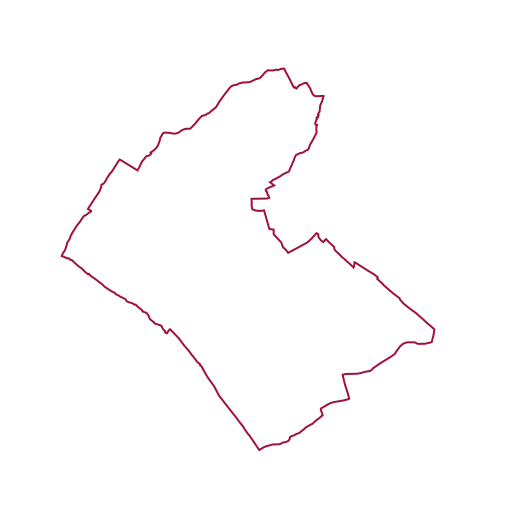 the district of Delesti, Vaslui, Romania, rotated 102°
{"feature_id": "2599482B7658648918127", "entity_name": "Delesti", "entity_type": "district", "adm_level": 2, "iso_a3": "ROU", "parent_name": "Romania", "parent_adm1": "Vaslui", "projection": "albers", "projection_center": [27.539, 46.694], "detail": "fine", "context": "isolated", "style": "outline", "palette": "rose", "viewbox_px": 512, "rotation_deg": 102, "n_neighbors": 0, "source": "geoboundaries", "source_scale": "gbopen_adm2", "svg_char_len": 6056}
<svg xmlns="http://www.w3.org/2000/svg" viewBox="0 0 512 512"><g transform="rotate(102 256 256)"><path d="M296.4,446.1L296.5,445.8L296.5,445.0L296.7,444.3L296.8,443.8L296.7,443.4L297.3,441.9L297.6,440.2L297.4,439.8L297.1,439.2L297.1,438.9L298.2,436.9L298.4,436.3L298.2,435.9L298.2,435.5L302.6,428.1L304.1,424.6L304.7,423.3L305.4,422.2L306.7,420.5L308.8,416.5L308.2,415.7L309.0,414.9L309.6,413.7L310.4,412.4L310.8,411.3L310.8,410.8L314.2,403.8L315.5,400.8L316.4,399.4L317.0,398.6L317.8,397.2L318.1,396.2L319.3,393.4L320.7,389.5L320.9,388.8L321.0,387.8L321.3,386.9L321.7,386.0L322.2,385.6L322.5,385.2L323.2,382.1L323.4,381.7L323.9,380.6L324.4,378.6L325.3,374.8L325.5,374.5L326.7,373.5L327.2,373.0L327.6,371.2L327.8,370.2L327.7,369.0L327.8,367.9L328.2,366.3L328.9,364.9L328.7,364.3L328.6,363.7L328.6,363.4L329.6,362.3L330.2,360.9L330.8,360.3L331.1,359.2L331.5,358.7L331.9,357.6L333.0,355.8L333.4,355.5L333.8,355.5L333.9,354.6L334.2,353.4L334.2,352.7L334.4,352.2L334.3,351.8L334.3,351.6L334.4,351.2L335.1,350.6L335.9,349.5L336.5,348.9L337.8,348.0L339.8,346.6L340.3,345.8L341.0,344.2L341.8,342.9L341.9,342.3L342.1,341.8L342.9,341.2L343.1,340.8L343.3,339.9L343.3,339.0L343.3,338.3L343.5,336.9L343.6,335.4L344.0,334.1L344.7,333.3L344.9,333.3L345.2,333.2L346.8,331.8L348.6,329.1L349.4,329.1L350.2,327.1L347.8,326.1L346.7,325.7L346.0,325.3L345.5,324.9L346.2,323.8L352.8,314.0L356.9,309.5L358.7,307.4L360.3,305.1L362.4,302.3L366.6,297.7L366.8,297.4L366.8,297.1L368.0,295.9L371.7,291.5L372.7,290.0L373.0,289.4L372.9,288.9L373.1,288.6L374.6,287.9L374.6,287.1L375.4,286.3L382.4,280.2L385.7,277.0L392.0,270.0L400.3,263.1L415.1,245.5L418.0,241.9L421.1,238.5L424.0,235.0L425.2,233.4L427.7,231.2L431.3,227.3L432.9,225.2L434.9,223.2L435.9,222.0L445.1,212.5L444.1,211.5L441.5,208.7L439.9,206.3L437.8,202.3L436.7,200.1L435.8,195.7L435.2,193.9L434.5,192.8L432.8,190.7L431.8,188.3L430.3,186.0L428.1,185.0L426.5,185.2L425.5,184.7L424.3,182.9L423.4,181.3L422.3,180.3L420.9,178.2L420.1,176.8L418.4,175.6L415.4,173.0L413.4,171.7L410.2,168.2L408.5,166.0L403.9,162.7L401.7,160.6L398.8,158.5L398.1,157.7L397.7,157.8L395.5,159.0L393.0,160.7L391.7,160.8L385.2,153.7L384.0,151.8L382.8,149.7L381.3,145.9L379.1,140.3L377.0,136.2L376.2,135.1L368.4,139.2L364.6,141.5L360.1,143.8L356.1,145.7L354.1,146.5L352.8,143.7L351.5,138.5L351.0,136.2L350.5,134.2L350.2,132.9L349.1,130.0L346.9,125.8L346.1,124.1L344.9,120.7L343.0,118.9L341.4,118.1L335.4,112.5L331.8,108.7L326.3,102.9L322.8,99.8L320.0,98.8L315.2,96.7L312.6,95.0L310.8,93.3L309.3,90.8L308.9,89.7L307.5,83.2L307.5,82.6L308.2,80.0L308.2,79.0L306.8,72.7L304.7,68.1L303.8,66.6L303.3,66.1L300.9,66.2L297.7,65.9L290.7,66.2L288.2,70.5L286.3,74.2L282.2,81.1L280.6,84.1L278.9,87.1L277.7,89.4L277.2,90.8L276.5,92.4L273.8,98.1L272.1,101.3L269.0,105.7L267.3,107.0L264.2,113.8L257.9,125.3L257.6,125.5L256.7,126.6L254.6,130.3L253.2,132.6L252.8,132.3L251.8,132.3L251.3,132.9L249.7,135.9L246.7,144.5L241.6,158.0L241.6,158.4L243.0,158.1L246.1,158.0L247.0,158.2L244.5,162.1L242.4,165.9L240.3,169.3L239.5,171.2L236.7,175.2L234.7,178.9L233.0,180.8L230.8,181.5L227.6,187.1L225.3,190.4L225.0,191.2L228.4,193.0L227.6,195.0L227.1,195.8L226.3,196.9L224.2,199.0L221.6,199.7L221.6,200.3L221.1,201.6L227.3,205.2L231.8,208.4L232.7,209.3L236.9,214.2L242.3,220.6L246.2,225.2L243.5,228.4L241.9,231.3L240.4,232.3L238.4,233.4L237.3,234.4L231.0,243.3L226.5,244.2L226.8,248.6L221.4,251.4L209.7,257.6L210.8,260.5L211.5,264.0L211.6,265.8L211.1,269.2L210.6,269.5L207.6,270.8L204.7,271.3L201.0,272.3L197.6,257.5L196.2,255.1L194.9,256.0L194.2,256.4L193.9,257.1L193.0,257.8L191.3,258.2L191.0,259.0L190.7,259.5L189.4,260.3L188.6,260.0L186.6,257.8L183.2,252.9L180.9,257.6L180.2,256.5L179.2,256.0L178.2,255.3L177.1,253.7L172.9,248.8L171.0,247.2L167.9,243.3L167.5,242.6L167.0,241.8L165.6,241.1L163.2,240.8L160.9,240.3L159.2,239.7L157.1,239.6L154.4,238.9L152.6,238.7L152.1,238.7L151.1,238.5L149.2,237.9L148.6,237.5L146.5,234.7L146.0,233.9L145.3,232.1L144.9,231.5L143.6,230.1L143.0,229.6L141.7,227.9L140.8,227.0L139.9,226.7L136.4,226.4L130.2,224.4L125.0,223.0L122.6,222.4L117.9,223.7L117.1,223.7L115.2,223.5L115.2,224.9L114.8,225.4L114.2,225.7L113.3,225.7L111.7,225.4L110.9,225.4L109.5,224.9L109.0,225.4L107.9,225.4L107.2,225.0L107.0,224.7L107.5,224.2L107.4,224.0L106.1,224.1L105.2,224.8L104.9,224.8L104.9,224.5L104.8,224.3L104.4,224.6L104.1,224.6L102.9,224.4L101.7,223.8L95.8,224.5L93.5,224.1L90.9,223.5L85.5,223.2L85.5,223.9L86.5,227.4L87.3,230.9L87.2,231.9L86.2,233.9L84.8,235.1L80.5,238.1L78.3,240.3L77.2,241.6L76.1,242.3L76.5,243.2L76.6,244.3L77.1,244.9L77.6,245.8L78.7,246.9L79.7,249.0L80.4,249.3L81.1,249.7L81.6,250.3L83.1,250.8L83.8,251.3L83.4,252.0L83.0,252.6L83.2,253.0L82.8,253.1L82.8,253.3L83.0,254.3L74.1,261.4L72.9,262.5L68.4,266.3L66.9,267.3L66.9,267.9L67.9,270.7L69.4,272.9L69.6,273.5L69.4,274.3L69.7,275.2L71.0,277.9L71.6,280.9L71.9,283.1L74.6,285.4L77.7,287.0L81.2,289.3L82.3,291.2L82.9,292.7L86.1,296.8L87.1,298.2L87.3,298.7L89.3,305.6L90.7,308.5L92.3,310.1L93.1,312.2L94.4,314.7L95.7,315.9L96.5,316.4L104.0,320.1L112.0,323.7L118.7,326.0L123.2,329.6L126.3,331.9L126.8,333.2L128.5,334.6L130.1,337.9L132.1,339.3L134.6,340.7L140.0,343.5L141.2,344.4L144.8,346.5L145.4,347.4L145.6,348.8L146.2,351.1L147.2,353.0L148.7,355.0L151.3,357.2L152.9,360.0L153.5,362.4L153.5,365.6L154.1,370.2L154.8,372.2L155.8,372.7L158.4,373.5L160.2,374.2L163.9,374.2L168.1,374.9L170.5,375.8L172.7,377.0L174.2,378.2L176.6,380.6L177.2,379.8L178.0,379.9L179.9,381.4L181.2,383.8L181.7,384.3L185.7,386.2L186.9,387.0L187.9,387.3L194.3,388.8L196.3,389.7L196.9,389.7L194.9,395.4L190.4,407.9L190.1,409.5L193.6,411.0L199.9,413.2L204.6,415.1L205.5,415.9L210.5,417.8L214.8,419.1L217.0,420.2L218.0,421.5L218.6,422.0L219.8,422.0L220.8,421.7L221.6,422.0L223.1,422.2L224.2,422.2L224.5,422.4L226.1,422.8L233.4,425.8L244.9,430.2L246.1,426.7L246.7,426.5L248.3,428.3L251.5,431.0L252.2,432.2L253.2,433.0L258.9,435.2L264.0,437.8L265.3,438.2L271.5,440.5L274.5,441.4L277.6,441.7L281.7,443.2L283.4,443.5L285.3,443.5L288.9,443.9L291.1,444.4L292.9,445.3L296.4,446.1Z" fill="none" stroke="#9f1239" stroke-width="2"/></g></svg>